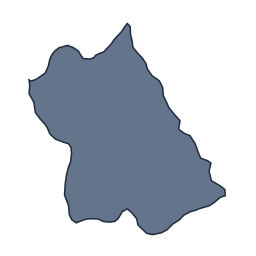 Barda District, Bərdə, Azerbaijan (orthographic projection), rotated 5°
{"feature_id": "54616110B76249555634218", "entity_name": "Barda District", "entity_type": "district", "adm_level": 2, "iso_a3": "AZE", "parent_name": "Azerbaijan", "parent_adm1": "Bərdə", "projection": "orthographic", "projection_center": [47.218, 40.364], "detail": "fine", "context": "isolated", "style": "filled", "palette": "slate", "viewbox_px": 256, "rotation_deg": 5, "n_neighbors": 0, "source": "geoboundaries", "source_scale": "gbopen_adm2", "svg_char_len": 1436}
<svg xmlns="http://www.w3.org/2000/svg" viewBox="0 0 256 256"><g transform="rotate(5 128 128)"><path d="M25.2,88.7L26.4,94.0L26.4,102.4L31.8,110.3L32.8,114.2L34.4,120.7L40.0,127.0L44.3,130.9L47.5,134.7L50.7,140.7L56.6,145.4L64.0,147.5L70.3,149.0L73.0,152.5L74.0,158.3L73.7,166.9L72.0,172.5L70.7,181.1L70.3,189.2L70.6,200.3L75.4,210.0L77.1,219.4L79.6,223.8L79.7,224.1L84.6,227.0L93.3,222.8L98.1,221.7L106.1,221.2L111.6,223.3L118.1,223.3L123.1,222.2L126.1,219.1L129.5,212.0L134.3,208.6L138.8,211.8L144.6,217.7L146.3,223.7L155.7,231.3L161.7,232.1L170.5,229.5L176.3,225.5L180.3,220.4L187.1,215.1L191.4,209.8L197.4,206.0L202.9,203.9L206.0,202.2L215.8,198.4L220.3,194.8L226.0,189.0L230.8,187.0L229.8,180.8L225.1,177.7L215.7,173.2L212.5,164.0L213.7,155.8L210.3,153.7L203.0,151.7L199.4,144.8L198.3,142.1L195.6,136.6L193.9,134.8L190.5,130.3L184.3,128.4L178.6,124.9L179.1,116.0L173.6,111.0L166.9,104.1L164.6,99.8L160.4,92.7L159.0,84.6L155.0,78.2L147.3,73.7L142.3,67.7L140.2,62.2L136.5,57.4L130.4,51.9L125.8,47.1L124.6,41.2L122.4,34.7L121.4,26.8L118.2,23.9L115.9,27.3L113.3,32.4L109.8,36.8L106.7,40.9L103.9,45.7L102.0,48.2L98.9,52.2L97.1,54.4L92.9,56.3L89.4,58.4L87.7,61.1L83.9,62.6L77.3,62.7L74.3,59.2L71.9,55.6L65.9,52.4L61.1,51.3L61.2,51.1L59.1,51.4L55.1,53.1L52.6,53.8L50.2,56.0L48.3,57.8L46.2,60.9L44.8,64.1L44.0,67.0L43.3,72.9L40.9,80.3L37.5,83.2L31.8,87.8L27.3,89.7L25.2,88.7Z" fill="#64748b" stroke="#1e293b" stroke-width="1.5"/></g></svg>